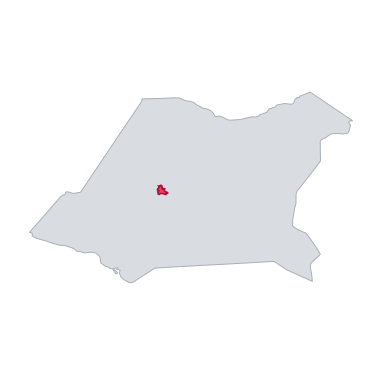 Siakago, Eastern, Kenya shown in context, rotated 87°
{"feature_id": "3690345B46140582355746", "entity_name": "Siakago", "entity_type": "district", "adm_level": 2, "iso_a3": "KEN", "parent_name": "Kenya", "parent_adm1": "Eastern", "projection": "equal_earth", "projection_center": [37.759, -0.504], "detail": "fine", "context": "in_parent", "style": "filled", "palette": "rose", "viewbox_px": 384, "rotation_deg": 87, "n_neighbors": 0, "source": "geoboundaries", "source_scale": "gbopen_adm2", "svg_char_len": 5117}
<svg xmlns="http://www.w3.org/2000/svg" viewBox="0 0 384 384"><g transform="rotate(87 192 192)"><path d="M96.5,237.2L96.5,231.7L97.0,217.7L97.0,205.4L97.5,199.3L99.7,195.4L100.8,192.5L101.5,188.6L102.7,185.4L105.4,182.7L105.9,181.3L108.7,176.9L110.4,171.3L111.7,169.3L113.3,167.6L114.4,166.6L116.3,165.7L117.7,165.2L118.0,164.7L118.1,163.8L117.6,160.3L118.2,159.2L119.2,156.8L120.4,154.7L121.4,153.3L122.0,151.9L122.2,149.4L122.3,147.7L122.3,144.8L122.0,138.3L120.8,132.9L120.0,126.9L120.6,124.9L119.6,121.3L119.2,121.1L118.4,120.4L117.4,117.0L116.7,114.0L116.2,113.2L113.0,110.5L111.4,104.2L109.6,102.8L108.7,96.6L108.5,94.8L109.5,88.6L109.4,87.1L108.3,85.8L105.3,84.5L102.9,81.9L103.2,81.0L103.4,80.1L102.1,79.4L98.4,68.8L103.2,62.4L108.1,55.9L114.3,47.7L120.0,40.1L125.0,33.6L129.4,27.8L129.2,28.9L129.3,30.4L129.8,31.3L130.7,31.9L132.0,31.3L133.1,30.4L134.1,30.2L140.7,32.6L141.8,34.7L141.8,37.0L142.1,38.6L141.5,40.3L141.0,45.3L141.2,49.8L143.1,53.2L144.9,55.9L146.3,59.6L147.3,60.8L148.8,61.4L153.3,61.5L160.0,61.8L166.5,62.0L167.1,62.1L168.5,62.6L174.4,67.7L179.9,72.3L184.5,76.3L189.0,80.2L193.3,84.0L196.7,87.2L200.0,88.2L205.4,88.6L209.2,88.8L212.6,90.1L217.8,91.3L221.6,92.0L224.0,92.7L230.4,93.4L231.5,93.0L234.3,89.5L237.5,83.8L238.7,80.7L242.8,77.6L250.0,73.2L255.1,70.2L260.8,67.1L263.3,69.7L266.9,74.0L268.5,76.1L269.8,77.1L271.7,77.7L274.0,77.7L275.3,77.6L277.9,77.1L284.0,76.6L287.5,76.6L284.6,82.3L281.1,89.1L274.6,101.6L269.7,108.2L265.9,113.2L265.6,114.1L265.6,119.6L265.7,133.2L265.8,160.4L265.8,187.6L265.9,214.8L266.0,228.4L266.0,233.0L269.3,238.7L272.5,244.3L276.7,251.6L279.0,255.6L279.3,256.9L279.2,259.6L275.7,265.1L272.9,267.6L269.0,268.8L267.9,268.6L266.4,267.8L265.8,269.1L265.3,271.2L264.5,270.8L263.8,270.2L264.2,273.8L264.6,275.6L264.0,278.1L262.1,280.2L262.0,282.1L257.9,286.8L252.2,287.3L249.2,289.7L247.8,291.6L246.8,295.8L247.2,302.3L245.6,307.2L245.3,309.7L242.3,313.0L241.0,315.9L240.0,318.9L239.2,320.2L238.2,327.0L236.8,331.1L236.4,332.4L236.1,333.7L235.0,336.1L234.3,337.7L233.8,338.8L230.3,349.3L227.6,354.0L225.4,353.5L224.0,355.3L223.8,356.2L223.1,355.7L221.3,354.0L217.6,350.4L214.0,346.8L210.3,343.3L206.6,339.7L203.0,336.2L199.3,332.6L195.6,329.0L191.9,325.5L189.8,323.4L188.8,322.2L188.1,319.7L187.7,319.1L186.7,318.3L185.6,318.1L185.3,317.7L185.3,316.5L185.7,314.8L187.0,311.5L187.2,309.6L186.9,307.4L186.5,303.9L186.1,303.1L183.7,301.3L178.6,297.4L173.5,293.6L168.4,289.8L163.3,285.9L158.2,282.1L153.1,278.3L148.0,274.4L142.9,270.6L137.7,266.7L132.6,262.9L127.5,259.1L122.4,255.2L117.3,251.4L112.2,247.5L107.1,243.7L102.0,239.9L100.1,238.4L98.4,237.2L96.5,237.2ZM266.3,274.5L265.4,274.8L265.9,272.9L268.5,270.6L269.6,271.1L269.8,271.7L269.7,272.1L269.3,272.6L266.3,274.5Z" fill="#d9dde1" stroke="#a8b0b8" stroke-width="1"/><path d="M192.1,226.0L192.1,225.7L192.3,225.6L192.5,225.4L192.7,225.2L192.8,225.0L192.7,224.9L192.5,224.7L192.3,224.3L192.3,224.2L192.2,224.1L192.0,223.9L191.8,223.7L191.9,223.3L192.0,223.0L192.0,222.8L191.9,222.5L191.8,222.3L191.8,222.2L191.9,221.9L192.0,221.5L192.1,221.4L192.2,221.1L192.5,220.1L192.6,219.9L192.9,219.4L193.0,219.2L193.1,218.9L193.1,218.7L192.9,218.7L192.7,218.5L192.7,218.4L192.8,218.3L192.6,218.2L192.4,218.2L192.5,218.1L192.4,218.1L192.3,217.9L192.3,217.7L192.2,217.6L192.0,217.4L192.0,217.2L192.1,216.9L192.0,216.7L192.1,216.3L192.0,216.1L191.9,215.9L191.9,216.0L191.7,216.1L191.6,216.3L191.5,216.6L191.4,216.8L191.4,217.1L191.3,217.3L191.2,217.4L191.1,217.5L191.0,217.8L190.9,217.8L190.8,218.0L190.7,217.9L190.7,218.0L190.7,217.9L190.6,218.0L190.5,218.3L190.4,218.3L190.2,218.5L190.1,218.8L190.1,218.7L190.1,218.8L189.9,218.9L189.9,219.0L189.7,219.1L189.5,219.3L189.4,219.3L189.2,219.3L188.9,219.4L188.6,219.3L188.3,219.3L188.2,219.4L187.9,219.4L187.8,219.2L187.7,219.2L187.4,219.0L187.2,219.3L187.0,219.7L187.0,219.8L187.0,220.1L187.3,220.2L187.3,220.3L187.5,220.3L187.8,220.7L187.8,220.8L187.7,220.7L187.7,220.8L187.6,220.7L187.5,220.8L187.4,220.8L187.2,220.9L187.1,221.1L187.1,221.3L187.0,221.5L186.9,221.5L186.8,221.4L186.7,221.4L186.7,221.5L186.4,221.6L186.3,221.8L186.2,221.9L185.9,221.9L185.8,221.7L185.7,221.7L185.3,221.7L185.2,221.7L184.9,221.6L184.7,221.7L184.4,221.7L184.2,221.8L184.2,222.0L183.9,222.1L183.8,222.3L184.0,222.3L184.0,222.5L184.1,222.4L184.3,222.6L184.2,223.0L184.3,223.1L184.2,223.4L184.2,223.5L184.2,223.8L184.3,223.9L184.4,224.1L184.3,224.3L184.2,224.4L184.2,224.5L184.3,224.8L184.3,225.0L184.4,224.9L184.5,224.8L184.5,224.7L184.8,224.6L185.0,224.6L185.3,224.7L185.5,224.8L185.8,224.8L185.8,225.0L186.0,225.0L186.3,225.2L186.4,225.3L186.5,225.3L186.5,225.5L186.7,225.8L186.8,225.8L187.0,225.9L187.0,226.0L187.3,226.1L187.5,226.2L187.8,226.1L188.0,226.1L188.1,226.3L188.2,226.2L188.3,226.3L188.4,226.2L188.5,226.2L188.8,226.0L188.9,225.9L188.9,225.7L189.0,225.6L189.1,225.4L189.1,225.5L189.3,225.5L189.3,225.4L189.4,225.5L189.4,225.4L189.5,225.5L189.6,225.3L189.7,225.2L189.8,225.0L189.8,224.9L189.9,225.1L190.1,225.5L190.3,225.8L190.6,226.1L190.8,226.0L191.1,226.0L191.2,225.9L191.3,225.8L191.6,225.9L192.0,226.0L192.1,226.0Z" fill="#f43f5e" stroke="#9f1239" stroke-width="1.5"/></g></svg>